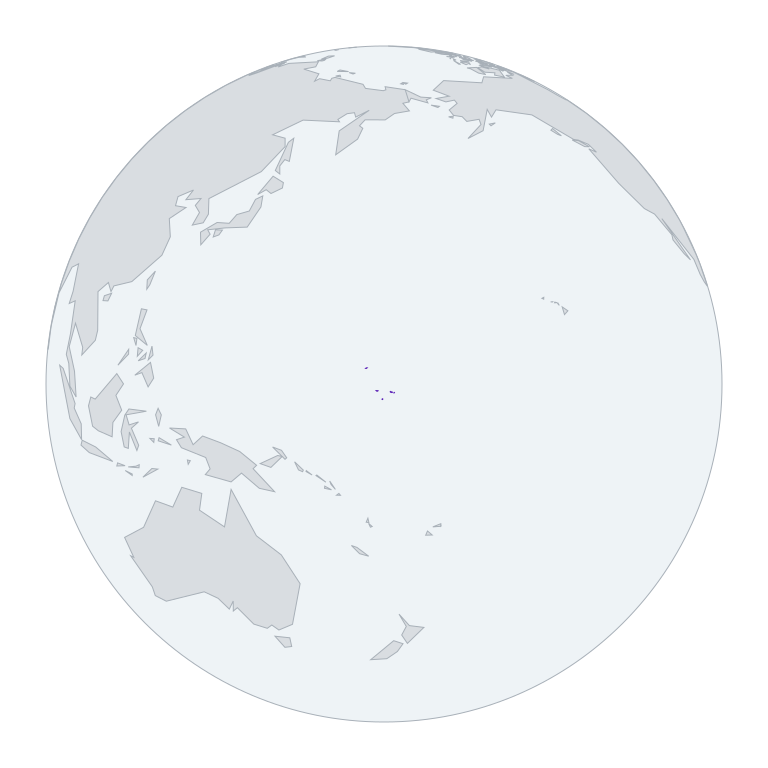 the Earth from above Marshall Islands
{"feature_id": "MHL", "entity_name": "Marshall Islands", "entity_type": "country or territory", "adm_level": 0, "iso_a3": "MHL", "parent_name": "Oceania", "parent_adm1": "", "projection": "orthographic", "projection_center": [169.926, 8.484], "detail": "fine", "context": "on_globe", "style": "filled", "palette": "violet", "viewbox_px": 768, "rotation_deg": 0, "n_neighbors": 0, "source": "natural_earth", "source_scale": "50m", "svg_char_len": 9039}
<svg xmlns="http://www.w3.org/2000/svg" viewBox="0 0 768 768"><circle cx="384" cy="384" r="338" fill="#eef3f6" stroke="#a8b0b8"/><path d="M440.8,523.7L441.1,526.0L440.7,526.3L440.8,523.7ZM707.5,286.4L704.3,281.9L700.2,274.4L693.9,259.4L661.8,218.6L690.5,259.9L684.1,253.6L673.0,239.9L671.9,234.8L654.6,214.1L644.4,208.6L618.8,183.4L588.8,148.8L596.5,152.2L588.4,144.4L578.3,140.1L573.6,139.4L531.9,114.9L496.0,109.8L491.5,117.1L487.2,109.4L483.1,130.7L468.0,138.5L481.0,124.5L479.1,119.3L466.8,121.4L462.2,116.7L453.6,115.4L449.2,110.0L457.1,103.4L454.4,100.1L445.9,101.9L436.1,98.5L449.1,96.2L433.3,90.2L443.6,80.6L481.9,82.8L483.6,76.8L512.4,78.4L505.8,75.3L512.5,75.3L507.3,72.1L514.1,74.4L504.1,70.0L498.9,68.7L492.7,66.6L489.2,64.9L497.2,67.0L500.2,68.2L500.7,68.1L506.3,70.1L501.5,68.1L511.7,71.6L496.5,65.9L500.3,66.8L508.5,69.9L514.3,72.5L547.5,89.5L557.5,95.3L565.9,99.8L567.1,100.0L586.6,113.5L605.0,128.4L622.4,144.5L638.6,161.8L653.5,180.2L667.1,199.5L679.4,219.8L683.7,228.2L696.1,254.6L699.8,263.7L707.5,286.4ZM564.5,314.6L562.2,306.9L567.9,310.8L564.5,314.6ZM557.9,303.0L559.3,305.4L557.6,303.5L557.9,303.0ZM554.8,302.1L557.1,302.7L554.5,302.8L554.8,302.1ZM550.6,301.9L552.8,301.7L552.6,302.0L550.6,301.9ZM543.7,299.2L541.9,298.3L543.8,297.3L543.7,299.2ZM572.2,140.0L578.6,140.7L589.4,146.8L584.7,146.6L572.2,140.0ZM550.9,130.2L552.5,128.5L561.4,135.8L557.7,134.4L550.9,130.2ZM489.3,124.1L495.3,122.9L491.0,125.8L489.3,124.1ZM453.2,116.2L452.9,118.2L448.6,116.8L453.2,116.2ZM534.5,81.5L534.2,81.3L531.3,79.9L531.2,79.8L534.5,81.5ZM437.9,107.5L431.0,105.1L439.4,106.3L437.9,107.5ZM528.3,78.4L532.2,80.4L530.8,79.8L518.6,74.3L522.7,75.8L528.3,78.4ZM427.9,102.9L411.0,98.2L409.0,101.9L405.2,89.7L420.8,97.1L431.4,97.8L426.3,99.8L427.9,102.9ZM498.7,69.1L504.1,70.4L502.9,71.1L498.7,69.1ZM499.4,70.2L504.4,77.1L494.6,75.1L494.9,72.8L484.9,72.2L477.7,67.6L481.6,66.9L489.3,69.0L480.6,65.8L499.4,70.2ZM405.8,84.2L402.9,82.5L407.5,83.1L405.8,84.2ZM490.1,65.8L492.0,67.1L483.7,65.3L478.4,62.5L482.8,63.9L490.1,65.8ZM485.8,74.6L478.6,73.1L470.8,68.9L467.0,67.9L476.6,67.4L485.8,74.6ZM482.9,63.5L475.9,61.2L476.6,60.7L487.8,64.5L482.9,63.5ZM483.7,66.2L479.5,65.3L480.1,64.8L483.7,66.2ZM475.3,58.7L477.7,59.6L473.6,58.6L475.3,58.7ZM473.3,60.4L473.1,60.6L471.7,60.5L467.4,59.1L473.3,60.4ZM470.5,64.7L468.7,63.5L466.1,64.7L460.2,62.1L467.7,62.4L462.0,61.2L460.1,60.5L468.3,61.7L470.5,64.7ZM459.0,57.5L466.5,57.9L462.9,56.1L466.5,56.8L471.6,59.7L459.0,57.5ZM463.7,59.7L461.6,58.4L467.1,59.6L472.0,61.3L463.7,59.7ZM453.5,60.5L460.6,64.3L458.8,64.2L453.5,60.5ZM456.8,56.6L455.1,56.6L455.9,56.4L456.8,56.6ZM453.3,58.8L456.1,60.1L453.8,59.9L453.3,58.8ZM449.2,55.8L451.6,55.8L455.0,56.8L449.2,55.8ZM450.2,57.0L446.5,56.5L454.8,57.1L451.8,57.5L450.2,57.0ZM450.7,58.5L450.3,58.8L449.8,58.0L450.7,58.5ZM434.9,52.7L444.6,53.3L452.1,55.2L441.7,54.2L434.9,52.7ZM269.5,66.1L266.5,67.2L269.1,66.3L274.2,64.5L260.4,70.2L262.9,69.4L268.4,67.1L277.1,64.2L286.9,61.8L281.6,63.9L277.3,65.0L260.4,71.2L249.8,74.9L248.7,75.6L256.6,73.0L277.2,65.3L284.7,63.3L275.0,66.7L279.1,65.3L281.2,65.0L278.2,67.0L288.9,63.4L318.4,61.8L315.7,66.8L303.8,69.1L318.9,73.8L314.6,81.2L319.6,78.7L330.3,80.8L331.8,78.3L335.0,77.4L363.0,84.3L365.5,88.4L383.3,90.7L385.9,89.8L385.1,86.7L405.2,89.7L409.0,101.9L402.9,103.3L409.4,110.9L394.5,113.5L385.2,119.9L365.1,119.8L359.5,125.8L362.8,128.3L357.6,139.1L335.7,154.8L339.2,130.9L369.2,110.3L355.7,117.1L354.5,112.7L347.1,113.7L337.9,119.4L339.5,121.8L303.1,120.1L272.6,134.8L285.1,138.2L285.1,146.6L261.3,171.6L208.9,198.6L208.4,214.2L203.2,222.8L192.3,225.1L199.5,212.5L195.3,205.4L201.0,198.5L185.9,199.7L193.5,190.0L178.0,196.6L175.5,205.7L186.0,207.5L169.3,218.6L170.3,236.8L161.9,255.2L131.8,281.6L113.9,285.9L111.0,291.6L108.4,282.5L98.0,291.6L97.7,330.2L95.3,340.3L81.8,355.0L82.7,347.3L75.5,323.2L69.2,346.6L74.5,371.2L76.1,397.0L69.9,386.1L68.8,363.4L66.3,354.3L70.5,333.5L75.2,300.8L69.2,303.5L73.1,291.3L78.6,263.8L72.0,267.2L59.0,292.8L51.6,323.9L50.4,330.4L55.0,306.8L61.3,283.7L69.3,261.0L78.8,239.0L89.9,217.7L102.4,197.2L116.4,177.7L131.7,159.2L148.3,141.9L166.1,125.7L185.0,110.9L204.8,97.5L225.6,85.5L247.2,75.0L269.5,66.1ZM493.2,64.2L491.0,63.5L495.1,65.8L485.6,63.1L477.8,60.6L475.4,59.6L482.3,61.5L474.0,58.9L482.2,60.9L476.7,59.2L479.6,59.9L493.2,64.2ZM450.5,52.7L453.4,53.3L450.7,53.0L445.7,51.9L446.5,52.4L435.3,50.3L433.2,50.2L420.0,48.6L411.7,47.3L409.9,47.4L399.8,46.8L392.0,46.3L401.1,46.6L388.2,46.1L419.5,48.0L450.5,52.7ZM431.1,52.1L419.4,49.4L418.1,48.6L441.6,51.9L445.1,52.3L460.1,55.5L461.7,56.9L457.3,55.8L453.3,55.1L454.4,54.8L450.6,54.5L444.4,53.2L439.7,52.7L437.2,51.8L431.1,52.1ZM356.7,47.2L354.0,47.4L348.5,48.0L356.1,47.2L356.7,47.2ZM125.2,470.5L132.2,474.0L132.2,475.5L125.2,470.5ZM117.6,462.9L125.1,465.7L116.8,466.0L117.6,462.9ZM128.2,466.9L135.9,466.2L139.2,464.7L139.0,467.8L128.2,466.9ZM112.8,461.5L89.3,452.6L81.0,445.1L82.2,440.2L95.7,447.0L112.8,461.5ZM81.6,439.7L69.9,418.6L59.7,365.2L63.2,368.4L75.1,403.6L74.2,408.0L81.2,423.8L81.6,439.7ZM112.9,422.4L112.1,436.8L98.4,430.8L92.6,426.2L88.5,405.8L90.8,397.0L95.2,399.1L116.8,373.6L123.5,383.9L115.9,395.4L121.7,410.2L112.9,422.4ZM51.0,327.2L48.4,347.7L47.9,349.6L51.0,327.2ZM128.6,354.1L117.9,365.2L128.7,349.3L128.6,354.1ZM136.9,338.4L136.0,345.5L133.7,337.6L136.9,338.4ZM107.9,300.9L103.0,300.6L104.4,295.7L111.6,293.3L107.9,300.9ZM155.4,271.1L149.8,284.8L146.8,289.2L147.3,279.9L155.4,271.1ZM293.8,58.3L304.7,55.8L305.3,57.0L298.9,57.3L290.9,59.2L280.8,62.3L289.3,59.6L293.8,58.3ZM317.3,60.7L326.1,59.0L324.3,60.4L322.0,61.0L317.3,60.7ZM321.3,59.2L328.4,56.1L334.6,55.8L327.8,58.1L321.3,59.2ZM336.0,50.3L334.5,50.2L338.8,49.6L336.0,50.3ZM393.7,640.7L403.0,643.7L397.4,651.5L386.8,658.7L370.7,659.7L393.7,640.7ZM284.9,647.3L275.0,636.2L289.8,637.8L291.7,646.5L284.9,647.3ZM401.7,635.0L406.3,626.4L399.0,614.1L409.4,625.6L423.9,627.4L407.4,643.4L401.7,635.0ZM204.2,591.8L166.3,601.2L155.3,595.6L152.3,586.8L130.7,555.8L133.8,557.3L124.6,537.4L143.6,527.3L155.5,500.8L172.8,507.1L181.8,487.3L201.8,493.4L199.5,510.2L224.5,526.9L231.1,489.4L256.4,535.8L281.3,554.9L300.1,583.7L292.5,624.3L278.9,630.0L271.8,625.0L267.3,628.3L253.8,624.1L237.4,607.7L233.3,611.0L233.2,601.0L229.3,609.1L218.1,598.3L204.2,591.8ZM351.4,545.5L356.9,547.4L368.7,556.2L359.6,553.7L351.4,545.5ZM427.5,531.0L432.2,535.0L425.7,535.2L427.5,531.0ZM440.7,526.3L432.8,526.9L440.8,523.7L440.7,526.3ZM368.6,523.4L372.2,526.5L370.4,527.2L368.6,523.4ZM366.2,522.2L367.9,518.2L368.9,522.6L366.2,522.2ZM336.5,495.2L338.9,493.4L340.5,495.3L336.5,495.2ZM142.9,477.2L151.9,468.5L157.8,469.1L142.9,477.2ZM331.5,489.8L324.5,488.3L324.8,486.1L331.5,489.8ZM331.0,484.4L329.7,481.0L335.4,489.4L331.0,484.4ZM316.8,475.0L325.9,482.2L316.0,475.6L316.8,475.0ZM312.1,475.0L306.0,471.5L306.3,470.6L312.1,475.0ZM253.1,468.7L274.6,491.7L259.3,488.3L241.5,473.1L231.1,481.9L205.3,474.6L210.1,468.9L205.7,457.5L181.4,447.7L176.5,439.7L184.4,437.1L169.5,428.0L185.7,428.9L193.1,444.7L202.6,436.0L220.7,442.8L239.7,451.5L256.6,465.3L253.1,468.7ZM187.4,460.0L190.3,460.7L188.2,464.3L187.4,460.0ZM294.6,461.8L303.3,470.1L302.6,471.7L298.5,469.9L294.6,461.8ZM260.2,463.6L277.7,455.5L282.2,456.5L270.9,467.4L260.2,463.6ZM272.6,447.0L281.5,450.3L286.7,457.8L285.0,459.3L272.6,447.0ZM154.2,438.7L153.8,442.4L149.9,438.4L154.2,438.7ZM159.1,437.7L171.4,445.1L158.2,440.8L159.1,437.7ZM126.1,414.8L129.1,424.9L138.5,421.9L131.4,428.2L138.7,445.3L136.9,450.5L129.4,432.0L128.3,448.4L124.2,446.9L121.1,431.6L124.8,415.1L128.9,409.0L146.4,411.2L126.1,414.8ZM158.7,426.4L155.6,414.8L158.1,408.3L161.3,414.9L158.7,426.4ZM148.1,386.9L141.9,372.6L134.8,375.2L150.5,362.4L153.7,378.1L148.1,386.9ZM145.0,358.5L138.2,360.8L146.2,353.0L145.0,358.5ZM137.3,356.3L138.1,347.7L142.7,350.3L137.3,356.3ZM148.3,359.8L152.0,346.1L153.0,355.1L148.3,359.8ZM140.0,328.7L147.3,345.4L135.3,335.5L141.4,308.8L147.0,309.9L140.0,328.7ZM213.2,237.0L215.5,229.8L222.4,230.1L218.9,234.9L213.2,237.0ZM247.2,227.1L225.1,227.9L207.7,229.8L210.1,234.2L200.8,244.8L200.5,232.2L217.1,222.5L229.2,223.3L236.8,214.6L249.3,211.0L255.5,199.4L262.8,195.9L260.9,207.0L247.2,227.1ZM257.7,194.5L273.1,176.2L283.4,182.6L282.4,188.0L271.0,193.5L266.2,189.7L257.7,194.5ZM279.8,174.0L275.3,170.5L288.4,142.3L293.8,138.2L289.3,161.4L284.8,159.6L279.8,165.9L279.8,174.0ZM400.7,83.8L402.7,82.6L403.4,84.4L400.7,83.8ZM335.6,76.1L340.1,75.2L340.7,76.9L335.6,76.1ZM353.0,74.0L349.1,72.6L355.4,73.2L353.0,74.0ZM340.0,70.0L348.6,71.6L337.2,71.4L340.0,70.0Z" fill="#d9dde1" stroke="#a8b0b8" stroke-width="1"/><path d="M390.9,391.9L391.6,392.2L392.6,392.1L392.4,392.2L392.1,392.3L391.8,392.3L391.7,392.3L390.8,392.1L390.5,391.8L390.6,391.7L390.9,391.9ZM382.3,399.6L382.2,399.8L382.2,399.7L382.4,399.0L382.7,398.8L382.9,398.6L382.8,398.8L382.5,399.0L382.3,399.6ZM393.7,392.4L393.9,392.6L394.3,392.6L394.7,392.9L394.3,392.7L394.1,392.7L393.9,392.7L393.7,392.4ZM377.6,390.9L377.5,391.0L376.9,391.0L376.7,390.8L377.2,390.8L377.6,390.9ZM366.4,368.2L366.2,368.2L366.3,368.1L366.5,368.1L366.4,368.2Z" fill="#8b5cf6" stroke="#5b21b6" stroke-width="1.5"/></svg>